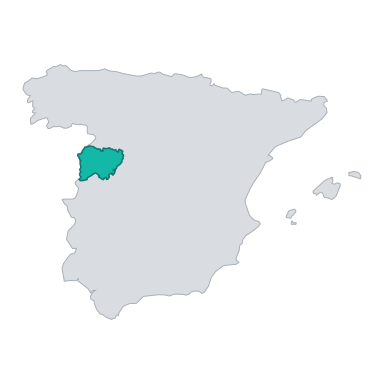 location of Salamanca within Spain
{"feature_id": "ESP-5841", "entity_name": "Salamanca", "entity_type": "Autonomous Community", "adm_level": 1, "iso_a3": "ESP", "parent_name": "Spain", "parent_adm1": "", "projection": "albers", "projection_center": [-6.114, 40.774], "detail": "fine", "context": "in_parent", "style": "filled", "palette": "teal", "viewbox_px": 384, "rotation_deg": 0, "n_neighbors": 0, "source": "natural_earth", "source_scale": "10m", "svg_char_len": 6611}
<svg xmlns="http://www.w3.org/2000/svg" viewBox="0 0 384 384"><path d="M201.6,74.1L201.7,75.3L203.7,77.3L209.6,78.3L211.1,79.1L211.0,82.1L209.7,84.8L211.0,85.8L212.4,85.7L214.0,83.6L214.4,84.9L217.1,86.0L223.1,88.0L227.2,88.1L231.8,92.5L238.6,91.2L245.2,95.2L250.9,93.8L252.3,94.6L261.4,94.0L261.6,90.3L262.6,88.8L278.7,92.6L280.9,95.5L280.7,97.1L281.8,100.7L283.9,100.3L287.9,97.9L293.5,100.0L295.1,102.1L296.2,102.1L300.1,99.5L311.3,101.1L311.5,99.3L312.2,98.8L316.7,96.7L318.5,96.2L324.5,96.7L325.4,98.7L326.6,99.4L327.3,101.1L324.0,102.6L323.9,105.7L326.4,108.1L327.1,112.6L321.8,119.0L305.8,130.6L300.7,137.0L288.3,141.1L275.4,146.6L268.2,155.1L270.2,155.6L272.8,158.0L272.1,159.3L268.8,161.4L265.8,162.2L260.7,172.3L253.4,182.9L250.7,187.6L245.1,199.8L245.3,203.1L249.2,214.6L251.3,217.5L254.0,219.9L259.0,221.7L260.3,223.8L258.8,226.0L254.2,230.0L246.1,235.4L242.7,239.6L242.2,243.4L239.8,245.2L239.2,250.5L236.2,258.0L236.1,259.9L238.9,262.4L236.4,264.2L223.3,265.6L215.4,271.8L211.5,277.0L208.3,286.6L204.0,292.4L202.0,293.5L198.8,291.2L194.9,291.0L191.2,292.0L189.3,294.0L186.2,295.2L183.2,294.4L176.6,294.1L173.7,294.3L169.2,296.0L165.3,295.0L158.7,294.7L144.5,296.3L142.7,296.9L136.4,303.4L129.5,303.6L123.3,306.3L119.1,312.5L118.3,315.8L117.1,315.0L116.1,315.3L115.6,317.8L111.3,319.4L106.4,317.4L102.3,314.3L100.2,314.1L96.7,309.3L95.3,306.3L94.2,303.0L94.1,300.7L91.1,299.4L90.4,296.4L92.6,292.5L95.5,290.3L92.8,290.5L90.8,293.0L88.3,288.9L78.0,281.0L78.6,278.2L76.8,280.3L75.6,280.8L70.4,280.4L64.3,281.3L62.0,267.9L63.6,263.3L70.4,254.2L74.7,253.0L76.4,248.3L72.5,248.5L66.5,239.3L68.2,230.9L74.4,224.6L75.4,222.1L75.6,219.7L74.5,218.1L71.2,217.1L67.9,210.4L67.2,206.2L64.5,203.8L62.2,199.6L64.3,199.1L72.8,199.1L74.9,198.1L76.5,195.3L78.1,190.8L78.5,188.0L75.3,184.0L75.1,183.2L75.6,181.8L80.8,177.4L79.8,174.1L80.7,167.2L80.3,163.1L79.7,159.8L78.0,155.5L79.2,153.7L81.8,152.3L84.0,148.8L87.1,145.9L91.1,143.5L95.8,138.4L95.1,136.1L93.5,134.7L87.7,133.7L87.3,132.7L87.4,127.1L85.9,124.8L83.8,125.1L80.6,124.1L79.8,124.7L75.8,124.5L73.0,123.4L71.8,124.3L71.4,126.2L66.6,128.2L63.9,128.1L59.5,126.3L54.6,126.8L54.0,126.3L49.7,128.5L48.2,128.6L46.5,125.8L48.9,121.8L47.0,118.0L45.7,117.8L37.7,120.4L33.0,123.9L31.2,124.3L30.6,123.7L30.5,118.4L35.5,113.0L32.4,112.6L32.6,111.0L34.7,108.5L32.7,106.5L32.9,100.9L28.6,102.6L27.5,102.2L27.5,100.0L30.3,95.6L27.5,95.0L25.5,93.2L23.0,89.5L23.1,87.6L24.6,83.1L28.4,81.0L32.1,78.0L37.1,78.8L44.6,76.3L47.2,75.0L47.1,73.1L46.3,71.7L47.1,70.4L53.2,66.7L56.8,66.4L60.5,64.6L63.0,65.9L65.2,65.5L67.6,67.0L70.8,70.3L75.6,71.7L79.5,70.7L99.1,70.5L104.6,68.8L109.0,70.9L117.3,71.8L122.4,73.4L136.3,76.0L141.4,76.0L151.4,73.0L154.2,73.6L158.2,72.1L160.2,72.3L162.7,74.2L171.7,76.6L174.0,74.2L175.7,73.7L182.2,74.8L188.8,77.3L192.1,77.4L197.0,76.4L201.6,74.1ZM332.0,183.4L334.6,184.2L337.0,182.9L338.4,183.1L339.8,183.5L340.3,185.5L336.0,196.3L331.9,199.6L327.3,197.8L324.7,197.5L323.9,196.8L322.9,193.6L321.7,192.6L320.0,192.3L316.8,195.2L315.6,193.6L313.9,193.5L313.2,192.5L313.1,191.1L322.8,182.2L325.6,180.1L331.8,177.4L332.8,177.6L332.1,178.9L333.0,180.0L332.0,183.4ZM361.0,175.9L360.3,178.9L352.1,176.0L349.6,175.8L348.9,175.3L348.8,172.5L353.9,171.5L358.3,172.4L361.0,175.9ZM291.7,216.0L291.0,218.1L287.0,217.8L286.1,217.0L286.7,214.7L287.8,214.3L287.8,212.7L288.8,210.9L294.2,209.1L295.5,210.1L295.9,211.7L292.9,215.5L291.7,216.0ZM296.2,223.8L295.7,224.3L291.4,224.3L291.2,222.9L291.9,221.0L293.6,222.7L296.1,222.8L296.2,223.8Z" fill="#d9dde1" stroke="#a8b0b8" stroke-width="1"/><path d="M79.2,179.5L79.2,179.2L79.3,179.0L79.4,178.8L80.5,178.0L80.7,177.8L81.2,177.0L80.3,176.2L79.8,175.2L79.6,174.2L80.1,173.0L80.7,172.2L80.8,171.8L80.6,171.2L80.4,170.8L80.1,170.5L79.9,170.1L79.8,169.6L80.0,169.0L80.6,168.0L80.8,167.4L80.8,167.0L80.7,166.4L80.5,165.3L80.2,164.3L80.2,163.8L80.2,163.2L80.2,162.8L80.3,162.6L80.2,162.1L80.2,161.9L80.3,161.1L80.7,160.9L80.8,160.5L80.6,160.1L80.4,159.9L80.0,159.8L79.8,159.5L79.6,158.8L79.1,157.5L78.7,156.9L78.0,156.0L77.7,155.7L77.7,155.3L77.9,154.8L78.0,154.2L78.6,153.9L80.1,154.1L80.8,154.0L81.1,153.7L82.1,152.2L82.3,151.6L82.3,150.8L82.4,150.6L82.7,150.2L83.6,149.4L83.7,149.2L83.9,148.7L84.8,147.4L85.1,147.0L85.5,147.0L87.1,146.9L87.4,146.8L88.8,146.2L89.1,145.9L93.1,146.6L97.9,149.4L98.4,148.9L99.7,149.0L100.3,149.3L100.5,149.6L100.5,149.9L100.4,150.3L100.4,150.5L100.9,150.9L101.1,151.0L101.3,150.9L101.6,150.6L101.8,150.5L102.0,150.9L102.1,151.1L102.4,151.2L102.7,151.1L103.0,150.9L103.2,150.5L103.2,150.3L103.1,149.9L103.0,149.1L103.1,148.6L103.3,148.2L103.8,148.1L105.7,148.7L108.2,148.3L109.2,147.8L109.5,147.8L110.2,148.7L110.7,149.0L112.2,149.0L113.5,150.0L115.8,149.7L115.9,150.9L116.0,151.0L116.9,151.1L117.0,151.2L117.5,151.8L117.9,152.0L118.2,151.9L118.4,151.8L118.5,151.7L118.7,149.8L119.4,149.3L119.6,149.3L119.8,149.4L120.1,150.0L120.3,150.2L120.6,150.2L121.2,150.2L121.5,150.3L122.8,151.4L122.3,152.5L122.1,153.0L122.3,154.1L122.3,154.3L122.5,154.4L123.0,154.5L123.3,154.8L123.4,155.1L123.5,155.7L123.5,156.2L123.4,156.6L122.8,157.3L123.2,158.5L121.9,160.1L122.0,161.3L122.0,161.7L121.5,162.6L120.6,163.3L120.0,164.3L117.0,166.5L116.5,168.3L115.8,169.0L114.9,169.4L113.3,169.6L113.2,169.6L113.3,170.7L115.2,170.7L114.6,172.9L114.4,173.3L114.2,173.6L113.2,173.7L113.4,174.6L113.1,175.0L112.8,175.0L112.4,174.7L111.8,174.0L111.7,173.4L111.6,173.2L111.4,173.2L110.7,173.4L108.9,174.8L108.8,175.1L108.8,175.5L109.1,176.1L109.3,176.5L109.3,177.0L109.1,177.3L107.9,179.1L107.1,179.4L106.5,179.4L106.4,179.2L106.6,178.6L106.6,178.4L106.6,178.1L106.5,177.9L106.3,177.5L106.0,177.5L105.8,177.6L105.3,177.9L104.4,178.1L104.2,178.2L104.1,178.3L104.0,178.5L103.9,178.8L103.8,179.0L103.7,179.2L103.5,179.4L103.3,179.6L103.0,179.5L102.3,179.3L101.4,178.8L101.1,178.5L100.9,178.3L100.5,178.0L100.0,177.7L99.1,177.3L98.8,177.2L98.7,177.0L98.9,176.9L99.0,176.5L99.0,176.4L99.2,176.1L99.4,175.8L99.4,175.6L99.2,175.5L98.7,175.3L98.4,175.1L98.2,174.9L98.2,174.7L97.7,174.4L97.4,174.3L97.0,173.8L96.8,173.6L95.9,173.1L95.5,173.0L95.2,173.0L94.9,173.2L94.1,173.8L93.8,173.9L93.5,174.0L93.0,174.1L92.8,174.3L92.5,174.4L92.3,174.6L92.2,174.8L92.1,175.1L92.0,175.3L91.8,175.4L91.0,175.6L90.8,175.7L90.5,175.8L90.0,176.4L89.1,176.7L88.9,176.9L88.4,177.1L88.2,177.2L87.4,177.8L87.2,178.0L87.1,178.4L87.2,178.9L87.2,179.1L87.1,179.3L87.0,179.5L86.8,179.7L86.4,179.8L84.7,180.1L84.3,180.3L84.1,180.4L83.8,180.5L83.6,180.5L83.1,180.2L82.9,180.3L82.0,180.7L81.6,180.6L81.4,180.5L81.2,180.6L80.9,180.7L80.6,180.7L80.4,180.6L80.1,180.5L79.9,180.3L79.5,179.8L79.2,179.5Z" fill="#14b8a6" stroke="#0f766e" stroke-width="1.5"/></svg>